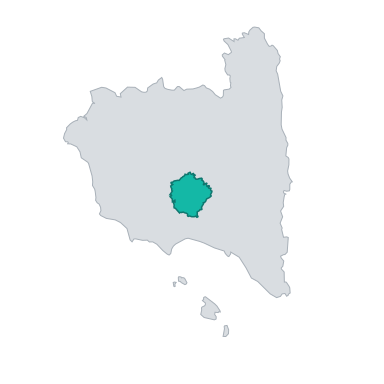 location of Cuenca within Spain, rotated 78°
{"feature_id": "ESP-5818", "entity_name": "Cuenca", "entity_type": "Autonomous Community", "adm_level": 1, "iso_a3": "ESP", "parent_name": "Spain", "parent_adm1": "", "projection": "orthographic", "projection_center": [-2.034, 39.943], "detail": "fine", "context": "in_parent", "style": "filled", "palette": "teal", "viewbox_px": 384, "rotation_deg": 78, "n_neighbors": 0, "source": "natural_earth", "source_scale": "10m", "svg_char_len": 6415}
<svg xmlns="http://www.w3.org/2000/svg" viewBox="0 0 384 384"><g transform="rotate(78 192 192)"><path d="M202.9,91.8L202.9,92.8L204.7,94.7L209.8,95.8L211.1,96.6L210.9,99.3L209.7,101.6L210.8,102.6L212.0,102.5L213.5,100.7L213.8,101.9L216.2,103.0L221.4,105.0L225.1,105.3L229.0,109.3L235.1,108.5L240.8,112.3L246.0,111.3L247.2,112.1L255.3,111.9L255.6,108.7L256.5,107.3L270.7,111.4L272.5,114.1L272.3,115.5L273.2,118.7L275.0,118.5L278.6,116.6L283.5,118.6L284.9,120.5L285.9,120.6L289.4,118.5L299.3,120.4L299.6,118.8L300.3,118.3L304.3,116.7L306.0,116.3L311.2,117.0L312.0,118.9L313.1,119.5L313.6,121.1L310.6,122.2L310.4,125.0L312.5,127.2L312.9,131.2L307.9,136.7L293.2,146.3L288.5,151.8L277.2,155.0L265.6,159.4L258.8,166.6L260.6,167.1L262.8,169.4L262.1,170.5L259.1,172.2L256.4,172.8L251.4,181.6L244.5,190.7L241.9,194.8L236.4,205.4L236.4,208.4L239.5,218.8L241.1,221.5L243.5,223.7L247.8,225.6L248.9,227.5L247.5,229.3L243.2,232.7L235.8,237.2L232.6,240.8L232.0,244.1L229.8,245.7L229.0,250.4L226.1,256.9L225.9,258.6L228.3,261.0L226.0,262.5L214.2,263.2L207.0,268.3L203.3,272.9L200.0,281.3L196.0,286.2L194.2,287.1L191.4,285.0L188.0,284.6L184.6,285.3L182.8,287.0L180.1,288.0L177.4,287.1L171.6,286.6L169.0,286.6L164.9,288.0L161.5,287.0L155.6,286.4L142.9,287.2L141.3,287.7L135.5,293.2L129.4,293.2L123.8,295.3L119.8,300.6L119.0,303.6L117.9,302.8L117.1,303.0L116.5,305.3L112.6,306.5L108.4,304.5L104.9,301.6L103.0,301.3L100.1,296.9L98.9,294.2L98.1,291.2L98.1,289.1L95.5,287.8L94.9,285.1L97.1,281.7L99.7,279.9L97.3,279.9L95.4,282.1L93.4,278.4L84.5,270.9L85.2,268.5L83.5,270.2L82.5,270.7L77.8,270.1L72.4,270.6L70.8,258.6L72.4,254.5L78.8,246.7L82.7,245.8L84.4,241.7L80.9,241.7L76.0,233.3L77.8,225.9L83.5,220.5L84.5,218.3L84.8,216.2L83.9,214.7L81.0,213.7L78.3,207.6L77.9,203.8L75.5,201.6L73.7,197.8L75.6,197.3L83.1,197.8L85.0,196.9L86.5,194.5L88.2,190.5L88.7,188.1L85.9,184.4L85.9,183.6L86.3,182.5L91.1,178.8L90.3,175.8L91.4,169.6L91.2,166.0L90.9,163.0L89.6,159.1L90.6,157.6L93.1,156.4L95.1,153.4L98.0,150.9L101.7,149.0L106.1,144.6L105.5,142.5L104.2,141.3L99.1,140.1L98.8,139.2L99.1,134.2L97.8,132.1L96.0,132.3L93.2,131.3L92.5,131.8L88.9,131.4L86.4,130.4L85.3,131.1L84.9,132.8L80.6,134.4L78.2,134.2L74.4,132.4L69.9,132.6L69.4,132.2L65.5,134.0L64.2,133.9L62.8,131.4L65.2,127.9L63.6,124.4L62.5,124.3L55.3,126.2L51.0,129.2L49.3,129.5L48.8,128.9L49.0,124.2L53.6,119.6L50.9,119.1L51.2,117.6L53.1,115.5L51.4,113.7L51.8,108.7L47.9,110.0L47.0,109.7L47.1,107.7L49.7,103.9L47.3,103.2L45.6,101.6L43.6,98.1L43.7,96.4L45.3,92.5L48.7,90.9L52.2,88.3L56.5,89.2L63.3,87.3L65.6,86.2L65.7,84.5L65.0,83.2L65.8,82.1L71.3,79.1L74.6,79.0L78.0,77.5L80.1,78.7L82.0,78.5L84.1,79.9L86.8,83.0L91.0,84.5L94.5,83.7L111.9,84.3L116.9,83.1L120.7,85.1L128.0,86.2L132.5,87.9L144.8,90.8L149.2,90.9L158.3,88.7L160.8,89.3L164.4,88.2L166.1,88.5L168.3,90.2L176.2,92.7L178.3,90.7L179.9,90.3L185.6,91.6L191.3,94.1L194.3,94.3L198.7,93.6L202.9,91.8ZM314.4,194.5L316.6,195.3L318.8,194.3L320.1,194.5L321.3,194.9L321.7,196.7L317.3,206.2L313.6,208.9L309.6,207.1L307.3,206.8L306.6,206.1L305.9,203.2L304.8,202.3L303.3,202.0L300.4,204.4L299.4,202.9L297.9,202.7L297.3,201.8L297.3,200.6L306.2,193.0L308.8,191.3L314.4,189.2L315.3,189.4L314.6,190.5L315.4,191.5L314.4,194.5ZM340.4,189.0L339.7,191.6L332.6,188.7L330.3,188.5L329.7,188.0L329.8,185.5L334.4,184.8L338.2,185.8L340.4,189.0ZM277.2,221.9L276.4,223.7L272.9,223.2L272.1,222.5L272.8,220.4L273.8,220.1L273.8,218.7L274.8,217.2L279.7,215.8L280.8,216.8L281.1,218.2L278.3,221.4L277.2,221.9ZM280.9,229.0L280.4,229.4L276.6,229.2L276.4,228.0L277.1,226.3L278.6,227.9L280.8,228.1L280.9,229.0Z" fill="#d9dde1" stroke="#a8b0b8" stroke-width="1"/><path d="M217.4,191.3L217.8,192.4L217.5,192.7L216.6,193.0L216.4,193.4L216.4,193.6L216.6,193.8L216.6,194.0L216.6,194.7L216.6,195.1L216.5,195.6L216.2,197.1L216.0,197.6L215.9,197.9L215.6,198.2L215.1,199.1L215.0,199.4L215.0,199.7L215.0,199.9L215.1,200.3L215.1,200.6L215.0,200.8L214.9,201.0L214.7,201.1L214.3,201.3L213.9,201.3L213.7,201.2L213.2,200.9L212.9,200.9L212.7,200.9L212.5,201.0L212.1,201.4L211.6,201.9L211.5,202.1L210.7,203.7L210.4,204.0L210.2,204.2L210.0,204.4L209.9,204.5L209.8,204.8L209.8,205.0L209.9,205.3L209.8,205.5L209.8,205.8L209.8,206.2L209.9,206.3L209.9,206.5L209.7,206.7L209.7,207.0L209.6,207.5L209.5,207.9L209.5,208.1L209.7,208.3L209.9,208.6L204.5,211.6L203.8,212.8L202.1,212.6L201.1,212.1L198.8,212.4L197.9,211.1L198.1,210.7L196.5,210.5L197.5,213.2L194.7,212.8L192.0,214.4L191.3,212.7L190.6,212.8L190.1,214.2L187.0,211.0L186.6,211.4L185.7,211.4L184.5,211.0L183.5,211.5L181.7,211.6L180.7,209.3L179.7,210.5L178.5,210.6L178.2,210.2L178.8,209.5L178.0,208.3L177.5,207.1L177.6,203.3L178.0,202.1L176.0,199.7L175.7,198.5L175.1,197.8L174.7,196.3L173.9,195.4L173.2,195.1L173.9,193.5L173.9,191.9L172.9,192.0L172.3,190.1L172.4,189.6L173.6,189.5L174.0,189.4L174.3,189.1L174.6,188.9L174.7,188.7L174.6,188.3L174.5,188.1L174.4,187.9L174.3,187.7L174.2,187.3L174.2,187.0L174.2,186.9L174.3,186.9L174.5,186.9L174.7,186.6L175.8,187.0L175.7,185.9L176.2,185.4L177.3,186.6L178.1,187.0L178.3,186.9L178.6,186.8L178.7,186.5L179.0,185.9L180.1,185.6L180.3,185.5L180.6,183.8L180.3,182.1L180.5,179.7L181.4,179.3L182.4,180.0L183.4,178.9L184.6,178.4L185.1,178.3L185.7,178.5L187.1,179.3L187.3,179.2L187.4,178.8L187.3,178.7L187.2,178.4L186.8,178.1L186.6,177.9L186.6,177.7L186.7,177.2L186.8,177.0L186.4,176.5L186.3,176.2L186.4,175.9L186.5,175.8L186.8,175.7L187.4,176.5L187.5,176.6L188.9,176.0L189.7,176.2L189.8,176.1L189.9,175.9L189.9,175.5L189.3,174.7L189.3,174.4L189.3,174.1L189.5,173.9L189.9,173.8L190.4,174.1L191.2,174.9L191.4,174.9L191.7,174.8L191.9,174.5L192.0,174.2L192.1,173.9L192.1,173.1L192.2,172.8L192.4,172.7L193.1,173.1L193.8,173.4L194.2,173.4L194.6,173.2L194.8,173.1L194.9,172.9L195.1,172.4L195.3,172.3L196.6,172.9L197.9,174.1L198.7,174.5L198.9,174.5L199.5,174.1L199.9,174.1L200.1,174.3L201.0,176.0L201.8,179.1L202.8,179.9L203.5,180.2L203.9,180.6L204.8,181.8L204.9,182.2L204.9,182.6L204.8,182.8L204.8,183.2L205.0,183.2L205.3,183.0L205.6,183.1L206.2,183.4L208.5,185.6L208.8,185.9L209.0,185.9L209.3,185.8L209.6,185.8L209.9,185.8L210.2,186.0L210.4,186.0L211.0,185.9L211.1,186.0L211.2,186.4L211.2,186.6L211.1,187.0L210.9,187.3L210.8,187.8L210.9,188.0L211.1,188.1L211.6,188.4L211.7,188.6L211.8,188.8L211.9,189.1L212.5,191.0L212.9,191.2L213.2,191.2L214.6,191.4L215.2,191.7L215.6,191.7L215.8,191.6L216.0,191.5L216.4,191.5L216.8,191.4L217.0,191.3L217.4,191.3Z" fill="#14b8a6" stroke="#0f766e" stroke-width="1.5"/></g></svg>